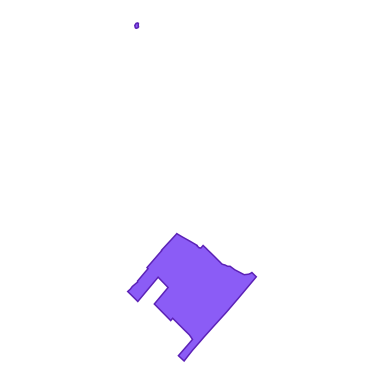 the district of La Plata, Buenos Aires, Argentina
{"feature_id": "61730980B35724148843083", "entity_name": "La Plata", "entity_type": "district", "adm_level": 2, "iso_a3": "ARG", "parent_name": "Argentina", "parent_adm1": "Buenos Aires", "projection": "equal_earth", "projection_center": [-58.078, -34.705], "detail": "fine", "context": "isolated", "style": "filled", "palette": "violet", "viewbox_px": 384, "rotation_deg": 0, "n_neighbors": 0, "source": "geoboundaries", "source_scale": "gbopen_adm2", "svg_char_len": 1442}
<svg xmlns="http://www.w3.org/2000/svg" viewBox="0 0 384 384"><path d="M146.3,270.7L137.5,281.1L137.7,282.0L133.6,285.4L132.3,286.5L130.4,289.1L127.7,291.5L133.6,297.3L137.8,301.5L158.1,277.2L168.1,287.5L154.3,304.0L170.7,320.6L172.7,318.3L180.2,325.8L184.4,330.0L187.9,333.4L189.5,335.0L192.5,339.4L186.7,346.2L186.4,346.5L178.4,355.7L184.1,361.0L188.6,355.2L192.4,350.4L200.6,341.0L204.1,336.9L214.7,325.1L226.5,312.1L238.4,298.2L249.7,284.7L256.3,276.8L254.3,274.9L251.9,272.5L250.2,273.6L249.8,273.7L248.6,274.2L244.2,274.7L235.0,269.9L234.8,269.8L230.1,266.3L227.7,266.3L224.8,264.9L224.6,264.9L223.1,264.5L221.9,264.0L220.1,262.2L219.9,262.0L219.8,261.8L219.7,261.8L217.0,259.1L213.3,255.4L207.3,249.6L206.5,248.7L203.1,245.5L200.8,248.1L200.6,248.0L200.4,248.0L200.2,247.9L199.8,247.8L199.6,247.9L199.3,247.9L199.2,247.9L196.9,245.7L197.1,245.4L191.7,242.2L182.1,236.8L177.7,234.2L176.8,233.6L175.7,234.9L175.3,235.3L162.3,249.4L161.5,250.3L161.7,250.6L147.0,267.6L148.0,268.7L146.3,270.7ZM137.3,23.0L137.2,23.1L136.8,23.2L136.4,23.2L136.1,23.4L135.9,23.6L135.8,23.9L135.6,24.1L135.5,24.6L134.9,25.1L134.8,25.6L135.0,26.4L135.3,27.7L135.6,28.0L136.2,28.3L136.6,28.2L136.9,28.0L137.2,28.0L137.6,27.9L137.8,27.8L138.2,27.3L138.3,27.0L138.5,26.9L138.5,26.5L138.3,26.2L138.3,25.6L138.2,25.3L138.3,25.2L138.3,24.9L138.3,23.9L138.4,23.3L138.2,23.2L137.9,23.2L137.5,23.2L137.3,23.0Z" fill="#8b5cf6" stroke="#5b21b6" stroke-width="1.5"/></svg>